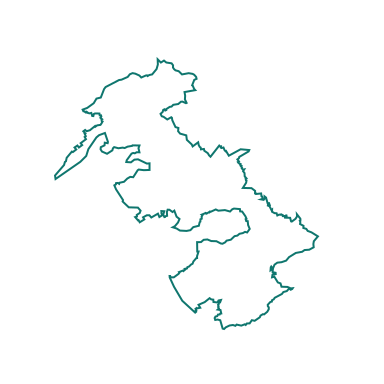 outline of Lafragua, Puebla, Mexico, rotated 302°
{"feature_id": "50627088B76215411073468", "entity_name": "Lafragua", "entity_type": "district", "adm_level": 2, "iso_a3": "MEX", "parent_name": "Mexico", "parent_adm1": "Puebla", "projection": "robinson", "projection_center": [-97.292, 19.284], "detail": "fine", "context": "isolated", "style": "outline", "palette": "teal", "viewbox_px": 384, "rotation_deg": 302, "n_neighbors": 0, "source": "geoboundaries", "source_scale": "gbopen_adm2", "svg_char_len": 6057}
<svg xmlns="http://www.w3.org/2000/svg" viewBox="0 0 384 384"><g transform="rotate(302 192 192)"><path d="M280.1,140.8L280.6,139.1L282.5,136.4L282.5,135.6L288.3,134.5L290.4,135.9L291.8,134.5L292.6,131.7L292.5,129.9L291.0,126.2L286.4,121.2L287.4,116.7L286.4,113.5L286.7,111.7L287.5,109.9L289.4,108.8L290.3,106.5L288.2,101.6L288.6,98.6L285.3,97.0L286.3,92.6L282.0,95.5L277.5,96.8L270.6,95.9L268.6,93.8L266.8,92.9L267.1,92.0L266.3,91.1L262.2,88.3L262.9,85.7L262.3,81.2L261.3,78.6L258.9,76.9L255.5,76.5L249.9,72.7L248.3,70.8L235.2,63.1L232.7,62.9L223.8,64.6L220.6,61.5L215.2,61.6L207.8,58.6L203.9,55.6L202.9,57.1L203.2,57.8L202.4,57.9L203.3,58.1L203.1,59.6L204.2,60.0L204.1,61.4L203.7,61.2L204.3,63.3L205.7,64.7L203.6,67.1L204.1,68.1L206.1,67.4L207.2,68.1L209.5,71.9L208.1,73.1L208.8,74.2L208.0,75.1L206.4,75.0L206.1,77.2L205.4,76.9L204.1,78.1L204.3,78.8L202.2,78.9L200.4,78.8L198.3,76.3L196.1,75.4L196.5,74.8L190.3,72.7L187.7,70.4L188.0,68.5L185.9,67.7L185.2,70.4L184.6,70.0L183.1,72.3L181.8,71.8L180.6,74.1L174.4,71.7L173.6,74.0L169.8,72.5L170.7,70.2L167.5,68.8L166.7,71.3L162.7,69.8L162.6,68.7L154.6,67.6L151.3,68.8L150.1,68.3L147.1,69.2L133.4,67.1L130.7,69.4L158.4,81.3L166.5,83.2L173.4,81.4L187.6,82.0L191.0,83.1L195.9,86.9L189.9,94.2L188.7,94.6L187.6,91.9L185.2,93.1L181.7,90.9L179.8,91.8L178.6,94.2L179.4,99.7L185.1,102.4L187.1,101.8L188.8,102.2L190.1,106.4L192.9,109.7L193.6,111.6L196.3,113.3L199.4,116.8L200.0,116.8L203.6,122.8L200.8,123.4L197.8,126.4L196.4,124.0L194.5,123.0L193.9,121.4L192.5,120.4L184.4,119.8L182.6,120.4L184.8,124.5L188.9,126.0L191.1,128.9L192.2,138.7L193.8,140.8L188.2,144.3L185.0,139.6L182.8,134.9L181.6,134.4L173.4,134.3L172.1,131.6L169.1,130.0L164.6,128.9L161.4,125.6L160.3,125.9L160.3,124.2L159.3,122.9L158.1,123.4L156.5,122.6L154.0,126.2L148.6,137.8L147.2,138.2L145.5,146.5L150.1,154.4L148.9,158.3L146.5,158.8L143.3,157.3L142.1,158.3L140.6,157.1L139.3,161.3L139.8,161.6L138.6,163.7L143.5,166.1L144.6,163.9L148.3,166.0L149.7,168.2L148.8,171.0L155.6,174.6L153.5,177.6L156.5,179.1L157.5,177.6L159.6,176.1L161.0,178.7L157.5,179.6L156.1,181.9L156.4,182.2L156.8,181.8L158.6,183.5L161.7,181.3L164.1,180.7L165.0,182.3L164.7,186.1L166.8,186.9L162.9,192.0L162.5,195.7L158.7,196.3L153.9,195.6L151.9,194.4L152.9,198.3L152.9,202.2L156.1,208.0L158.8,210.9L162.9,211.7L167.0,215.7L170.4,214.5L171.3,214.8L173.3,213.6L174.5,214.4L176.3,213.2L178.0,213.2L178.0,212.3L181.4,214.7L182.4,214.4L181.0,214.9L181.3,215.8L183.8,217.0L183.9,217.6L185.0,217.6L185.1,218.3L189.8,221.4L190.1,224.2L194.1,229.5L195.6,234.6L198.7,235.3L200.2,236.4L202.9,241.7L201.1,243.1L202.0,244.9L199.7,250.2L198.2,252.4L197.4,251.9L196.1,253.4L196.8,254.7L193.7,257.1L191.3,260.5L186.9,260.2L186.3,258.1L184.1,256.9L181.7,254.4L179.1,253.6L177.1,251.5L172.1,250.2L169.1,247.1L166.9,246.8L164.3,245.3L163.6,243.7L163.2,238.8L160.6,234.3L159.9,230.2L157.6,227.2L154.3,226.2L152.2,222.9L144.3,228.0L145.0,229.1L140.2,230.3L138.7,231.3L138.3,230.7L133.8,230.0L131.5,230.5L129.9,229.6L127.2,229.0L125.8,227.9L124.6,228.3L123.1,226.7L122.8,227.4L120.6,226.7L120.9,226.2L117.2,223.4L116.9,224.1L115.5,224.0L110.0,221.8L108.3,219.1L109.2,218.0L108.9,217.5L107.7,218.4L102.1,227.0L94.6,241.4L91.4,258.6L92.7,259.0L93.4,258.0L94.0,258.3L94.8,256.9L96.0,257.4L95.8,257.8L98.2,260.3L99.8,257.3L105.3,261.1L111.3,263.2L111.1,265.2L112.0,267.1L110.1,268.5L111.8,272.1L114.1,272.0L115.8,273.8L113.3,274.3L112.8,273.4L110.7,274.2L110.1,273.9L109.0,275.2L108.3,275.1L107.6,276.5L105.9,276.1L107.0,278.7L104.5,281.2L103.7,280.3L102.8,280.4L101.8,279.0L100.1,279.2L98.8,277.9L97.1,278.0L95.8,279.5L97.4,281.3L98.2,283.9L92.4,290.4L92.8,291.8L95.2,292.4L98.7,294.6L100.9,297.2L101.5,299.7L103.2,300.1L104.8,304.6L107.8,306.9L107.7,308.0L109.6,308.2L111.1,310.5L115.0,310.7L116.0,313.4L121.7,315.9L123.5,315.6L126.0,316.9L126.4,318.0L130.3,319.3L133.3,319.2L134.9,318.2L135.3,316.9L136.5,316.0L140.2,316.7L141.4,317.8L142.6,317.2L144.3,318.2L146.1,318.2L153.2,322.3L155.6,322.5L158.2,324.9L161.6,325.5L161.4,327.5L162.9,328.4L163.8,328.4L162.6,326.9L162.1,323.3L159.1,318.1L161.4,315.5L160.8,312.7L163.8,306.7L162.1,305.1L164.5,304.1L166.7,306.5L167.8,305.7L167.0,303.5L166.5,303.8L166.8,302.7L169.9,301.3L167.2,300.1L169.9,298.7L170.8,298.7L170.3,300.1L171.1,301.0L174.1,300.5L177.3,301.8L179.9,305.1L183.7,308.2L188.2,308.8L195.3,312.3L199.7,317.1L202.4,318.2L205.2,322.0L209.6,324.5L212.2,322.5L214.8,321.4L221.1,322.3L221.1,314.7L220.3,310.7L221.3,308.5L220.5,305.5L222.4,304.5L222.1,300.6L224.1,299.7L224.8,298.6L225.6,298.9L226.8,298.0L228.7,292.8L227.1,294.0L224.1,294.0L219.8,292.3L219.6,291.6L222.1,288.9L220.5,286.1L222.8,283.9L220.0,285.3L219.5,284.4L220.7,283.2L219.7,281.8L220.5,281.3L220.3,279.5L219.8,279.5L219.0,277.9L217.3,276.8L218.8,275.0L217.8,273.2L217.7,270.3L219.6,269.2L218.8,268.9L221.0,265.3L220.7,263.5L221.8,263.1L221.4,264.8L221.9,265.1L223.4,263.2L222.6,262.0L226.5,257.7L226.7,255.9L225.5,256.7L225.8,257.2L223.3,256.9L222.3,254.4L223.7,255.5L225.3,253.9L225.2,253.2L227.4,251.4L224.2,247.3L224.8,246.5L224.4,246.1L226.4,244.9L226.8,240.4L222.4,233.0L228.5,233.0L230.7,232.1L230.6,231.5L230.1,231.9L232.0,230.2L232.5,230.7L233.2,228.4L235.9,226.5L236.7,224.3L238.9,224.3L238.0,223.2L238.4,221.7L239.1,221.6L239.9,219.5L240.5,219.9L241.1,217.4L241.4,217.6L241.3,215.9L241.7,215.0L242.8,215.6L243.7,213.2L245.4,213.9L246.8,213.5L256.4,218.5L257.9,218.3L254.0,210.6L242.3,204.0L244.8,199.2L244.3,199.0L244.7,197.5L246.4,195.1L244.9,193.7L244.9,193.0L246.1,192.4L245.5,191.6L245.8,190.5L231.7,189.0L232.1,187.1L233.3,184.8L233.5,180.6L234.8,179.3L232.9,177.0L234.3,175.8L234.3,174.7L235.3,172.9L237.4,170.9L231.0,168.4L232.2,166.6L233.5,160.0L237.0,157.1L235.2,151.0L236.2,148.0L239.1,146.5L238.3,143.6L242.4,137.3L244.3,135.6L244.4,134.8L240.4,132.6L240.7,128.0L240.2,126.2L241.6,123.9L244.3,124.7L246.4,124.1L247.5,124.8L246.9,126.1L247.8,126.7L248.3,126.1L252.4,128.0L253.6,129.4L256.0,129.9L259.3,133.7L262.7,134.8L263.6,136.0L264.1,139.8L264.7,140.2L266.8,136.9L270.0,135.2L272.8,132.7L280.1,140.8Z" fill="none" stroke="#0f766e" stroke-width="2"/></g></svg>